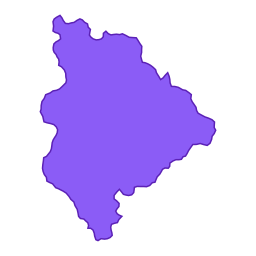 outline of Braúnas, Minas Gerais, Brazil
{"feature_id": "56859067B77777041722950", "entity_name": "Braúnas", "entity_type": "district", "adm_level": 2, "iso_a3": "BRA", "parent_name": "Brazil", "parent_adm1": "Minas Gerais", "projection": "orthographic", "projection_center": [-42.719, -19.032], "detail": "fine", "context": "isolated", "style": "filled", "palette": "violet", "viewbox_px": 256, "rotation_deg": 0, "n_neighbors": 0, "source": "geoboundaries", "source_scale": "gbopen_adm2", "svg_char_len": 2775}
<svg xmlns="http://www.w3.org/2000/svg" viewBox="0 0 256 256"><path d="M191.3,94.6L189.1,92.8L185.7,90.4L182.6,89.8L180.4,88.5L178.2,87.3L174.8,86.5L171.4,86.4L170.1,82.9L169.8,79.4L169.1,76.2L167.7,72.7L165.2,75.3L163.1,77.9L160.6,79.6L158.9,76.6L157.6,74.6L156.4,72.6L155.6,69.7L153.2,67.4L150.5,65.3L147.8,63.8L144.9,62.7L142.4,62.3L141.6,59.7L140.7,56.2L141.6,52.4L141.6,49.4L141.8,46.3L139.9,43.6L137.9,40.3L136.3,37.8L133.1,37.6L129.2,37.3L125.8,35.4L122.4,33.8L119.7,34.6L116.5,34.2L113.4,34.5L111.0,34.9L108.3,33.7L105.9,31.2L103.4,33.3L103.3,36.7L101.5,38.8L99.1,39.6L96.2,39.9L93.2,38.9L91.0,37.2L89.4,35.1L89.8,32.5L90.4,29.4L88.2,27.2L87.5,23.9L84.6,22.3L82.3,19.9L79.9,18.9L77.1,20.3L74.1,22.4L71.2,22.9L68.5,23.7L65.4,23.4L63.3,20.6L61.9,17.8L60.0,15.4L56.5,17.3L54.2,19.0L53.0,21.7L53.6,26.1L53.0,31.0L55.3,32.5L58.1,33.3L60.0,34.8L60.6,38.9L58.3,40.7L56.0,41.9L53.9,43.9L53.2,47.5L53.3,50.1L54.2,52.4L56.1,54.5L57.2,57.1L58.6,58.9L59.1,61.8L58.7,65.3L61.5,66.8L64.3,69.9L65.7,73.3L65.9,77.1L66.5,79.9L65.9,82.8L64.0,84.7L62.2,86.5L59.5,89.0L56.5,90.3L53.0,90.9L50.2,92.9L45.7,94.7L44.2,98.5L42.0,101.5L41.2,105.4L41.1,109.2L40.3,111.7L41.5,114.0L42.8,116.4L43.4,119.2L44.0,121.8L47.1,122.8L50.8,123.6L53.9,124.6L56.3,126.9L57.6,129.7L57.2,132.8L56.0,135.5L54.7,137.4L53.2,139.9L52.2,142.7L51.9,145.3L51.4,148.8L50.3,151.6L48.5,153.9L46.5,156.4L43.7,157.7L43.4,160.8L42.8,164.9L42.5,168.3L43.1,171.4L44.3,174.5L46.4,177.3L46.9,181.1L49.4,182.4L52.6,183.8L54.1,185.7L55.7,187.7L58.4,188.7L60.9,190.0L63.1,191.1L66.2,193.1L69.0,196.4L70.9,199.4L73.9,202.0L75.0,205.6L77.2,209.3L78.0,212.9L78.6,216.4L80.4,218.5L83.8,219.0L85.8,221.0L87.8,222.7L88.6,225.5L87.9,228.2L90.7,228.3L93.0,230.0L94.2,233.1L94.7,236.2L95.9,239.7L98.0,240.6L101.0,238.7L104.6,239.1L107.4,238.7L110.1,237.5L112.2,235.4L111.9,232.9L111.1,230.1L110.7,227.1L111.5,224.3L114.4,223.3L117.4,222.6L118.8,219.6L121.9,216.3L119.3,215.2L117.1,213.7L115.7,211.1L117.1,208.7L118.9,206.5L119.1,203.4L116.6,200.8L114.1,198.9L114.1,195.4L116.8,192.0L119.4,189.3L121.4,191.7L123.4,194.3L125.8,195.0L128.6,195.5L131.7,194.8L133.7,192.6L134.1,189.9L134.4,187.3L137.2,186.4L140.3,186.5L143.6,186.5L146.5,186.7L149.7,185.5L152.3,182.7L155.0,182.2L156.0,179.6L157.2,176.8L159.8,174.1L161.4,171.4L162.5,169.3L164.9,168.0L168.3,168.2L169.7,166.3L169.9,163.1L172.9,161.0L175.9,159.7L179.0,159.7L181.4,159.3L183.1,156.7L185.5,156.1L187.0,153.7L188.5,150.7L190.9,147.2L192.8,144.5L196.5,144.4L200.2,143.5L203.8,144.6L207.2,145.4L210.0,143.3L211.6,139.4L212.1,136.3L214.2,133.6L215.7,130.2L214.2,127.6L214.3,124.9L214.5,122.0L212.0,119.7L208.4,118.1L204.9,116.9L200.8,114.7L198.1,113.2L196.6,110.5L196.0,107.3L194.1,104.5L192.1,101.6L190.8,98.7L191.3,94.6Z" fill="#8b5cf6" stroke="#5b21b6" stroke-width="1.5"/></svg>